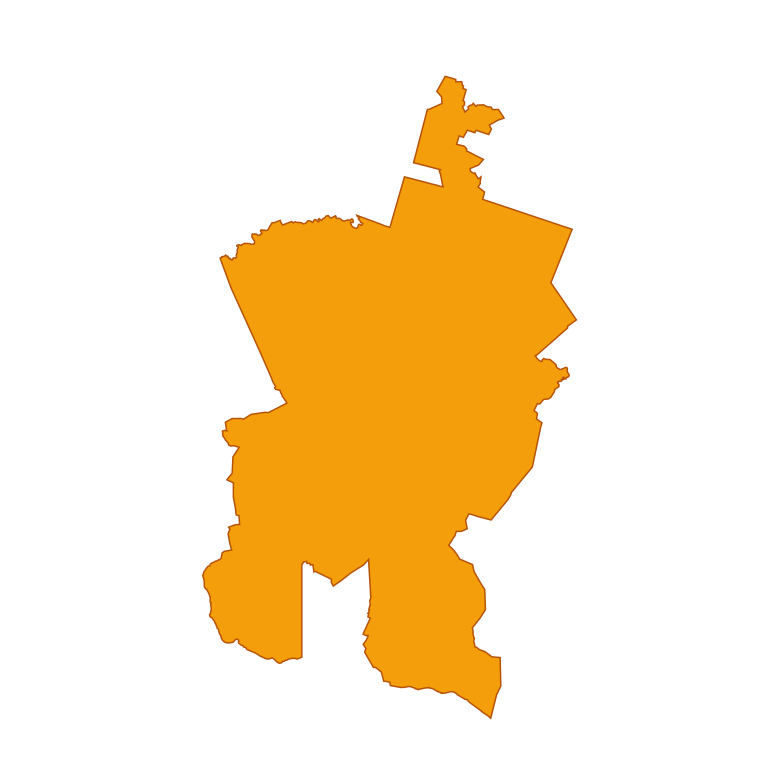 Jaunalūksnes pag., Aluksne, Latvia, rotated 279°
{"feature_id": "27541924B87199859913454", "entity_name": "Jaunalūksnes pag.", "entity_type": "district", "adm_level": 2, "iso_a3": "LVA", "parent_name": "Latvia", "parent_adm1": "Aluksne", "projection": "mercator", "projection_center": [27.197, 57.424], "detail": "fine", "context": "isolated", "style": "filled", "palette": "amber", "viewbox_px": 768, "rotation_deg": 279, "n_neighbors": 0, "source": "geoboundaries", "source_scale": "gbopen_adm2", "svg_char_len": 6113}
<svg xmlns="http://www.w3.org/2000/svg" viewBox="0 0 768 768"><g transform="rotate(279 384 384)"><path d="M697.4,396.3L681.3,390.4L676.6,395.9L670.1,397.4L662.3,385.5L662.0,383.9L607.2,378.6L604.5,406.2L603.4,405.2L598.9,407.4L587.9,411.4L591.8,371.8L539.7,365.4L540.3,360.0L541.7,354.1L546.3,330.8L545.1,331.6L545.0,333.8L543.1,332.9L542.6,333.2L541.7,334.6L539.9,335.8L539.7,336.8L538.9,338.0L537.2,336.9L537.1,336.3L537.9,335.1L537.8,334.4L536.4,333.7L534.3,333.6L533.5,332.1L533.4,331.3L534.2,328.5L534.9,327.6L538.0,325.6L538.6,326.0L538.6,328.1L539.3,328.3L541.5,327.5L541.9,326.8L541.9,326.1L540.1,324.3L540.5,322.8L538.9,319.7L538.8,317.4L540.0,315.6L540.6,314.1L540.2,311.2L540.4,310.6L542.1,310.4L542.5,309.7L539.7,305.8L539.7,304.9L541.6,302.7L540.8,300.5L538.9,299.6L538.1,298.1L535.9,296.9L537.1,294.0L536.3,293.3L535.4,294.1L534.2,294.2L533.9,293.4L535.4,291.4L535.7,290.1L534.7,289.1L532.5,288.5L532.4,287.9L533.2,286.6L533.5,284.8L533.3,283.3L530.7,281.6L529.5,279.2L530.3,277.4L530.3,274.9L529.9,272.7L530.3,270.8L528.9,269.1L530.0,267.4L525.2,259.0L527.5,256.9L529.4,255.9L526.3,250.5L525.5,248.0L517.8,245.1L517.0,242.7L517.3,241.3L516.7,240.7L517.1,238.7L516.7,238.3L515.8,238.1L514.2,239.6L513.3,239.8L512.6,238.5L511.5,238.3L511.5,237.1L511.0,236.4L512.1,234.6L512.1,232.9L511.5,231.9L511.7,230.6L511.4,230.3L508.5,230.5L504.8,233.7L503.7,234.2L502.0,233.8L501.3,231.5L501.6,228.5L501.0,224.1L499.5,222.1L499.3,221.4L498.4,221.2L498.8,218.8L497.8,216.9L497.3,217.0L496.4,218.7L495.6,218.7L493.5,217.9L491.4,218.5L487.9,217.9L486.4,218.6L485.1,217.8L485.2,216.0L484.8,215.3L482.8,214.8L482.6,214.2L483.7,212.6L483.3,212.4L484.2,211.6L483.9,210.7L485.5,210.0L485.3,209.4L485.8,209.4L486.0,208.0L486.5,207.5L485.6,207.0L485.4,206.2L484.8,205.7L484.4,204.0L483.8,204.1L482.7,202.4L454.8,218.0L393.8,258.2L373.0,271.5L369.3,273.5L364.5,277.3L363.3,276.6L362.6,276.9L361.8,277.7L361.4,282.3L359.2,283.3L357.3,285.1L355.8,285.4L355.0,286.6L350.0,291.1L337.7,274.3L337.4,270.8L333.2,257.5L327.2,250.6L327.6,248.4L326.1,239.4L321.5,233.3L313.6,235.7L313.3,236.2L313.1,235.5L313.2,233.6L312.2,231.8L306.9,233.3L305.4,235.2L303.9,236.1L301.7,238.9L299.2,240.4L298.8,242.6L299.6,245.5L298.8,250.8L288.4,246.2L272.2,248.0L264.9,243.9L264.5,244.4L263.4,249.0L262.7,250.7L248.3,253.0L239.3,256.3L231.6,258.5L231.3,261.3L222.7,263.4L221.8,259.3L218.3,252.9L216.3,254.5L211.9,253.4L203.0,256.4L196.2,259.5L193.8,252.6L192.0,250.6L186.6,250.4L185.1,249.5L184.3,248.0L183.1,246.7L182.5,244.9L181.7,244.2L180.0,241.7L179.0,240.7L177.1,240.4L176.6,238.9L175.6,238.1L170.2,235.5L166.3,235.0L161.9,237.1L155.6,238.3L153.2,240.6L152.9,241.5L148.6,244.4L145.8,245.8L142.2,246.2L141.0,246.8L140.8,247.6L139.6,247.2L134.7,248.7L130.2,248.4L128.8,247.8L127.5,248.3L126.6,249.1L126.4,250.4L123.0,253.7L121.1,254.8L120.9,255.3L119.0,256.2L118.4,257.0L116.8,257.3L116.5,258.2L115.3,259.1L112.5,260.1L108.8,262.8L107.7,262.9L105.8,264.5L104.7,265.9L104.0,267.7L103.8,269.9L104.1,271.9L105.4,275.4L108.4,277.3L108.7,278.1L108.8,279.7L108.1,280.6L105.9,280.7L105.2,281.2L103.9,283.5L103.5,285.6L102.4,286.3L102.1,288.4L100.2,290.5L98.2,298.9L96.0,304.1L94.2,310.2L94.2,312.2L94.8,314.1L96.0,316.5L94.9,318.8L93.5,320.5L92.0,323.2L91.9,324.7L92.5,326.2L94.3,327.5L94.4,328.5L95.7,330.1L96.1,331.4L97.3,332.6L98.2,335.2L98.9,336.0L98.6,337.0L99.1,338.9L98.7,341.0L101.3,345.6L192.8,331.1L194.1,332.0L195.5,332.1L196.7,335.4L194.7,336.0L195.2,339.1L193.7,339.6L194.3,342.1L187.5,344.1L188.1,345.7L182.9,362.6L179.8,363.0L176.5,365.5L182.9,372.2L192.5,381.1L202.0,392.0L208.3,396.2L170.8,404.4L167.6,403.9L163.0,405.1L162.5,404.6L158.8,404.3L158.6,405.1L154.9,404.0L154.9,404.8L151.4,404.6L150.6,407.1L133.7,402.4L132.7,405.4L132.7,406.7L133.2,407.4L132.0,407.7L128.0,406.4L123.6,404.2L120.0,407.4L116.0,406.9L102.6,417.8L102.6,420.4L99.0,426.5L90.4,430.2L90.6,433.6L90.3,436.4L87.1,437.5L86.9,447.9L87.6,451.8L88.7,454.5L89.3,457.1L88.3,462.6L87.9,462.6L87.6,465.5L87.8,465.4L88.5,468.0L89.8,471.0L91.2,475.9L90.8,476.1L90.8,479.4L90.5,480.5L88.5,485.3L88.9,485.5L88.3,487.0L88.0,489.0L87.5,489.0L87.9,491.5L90.7,498.5L90.6,501.5L89.1,504.8L88.6,505.0L85.2,513.5L85.4,514.9L82.4,519.2L76.0,531.9L75.7,531.7L72.6,538.4L70.6,541.7L94.5,543.8L104.0,546.6L132.0,541.5L131.4,533.3L135.4,525.7L136.6,519.7L138.6,516.3L138.5,515.1L144.5,512.7L146.9,513.2L148.1,512.2L151.9,510.8L152.6,511.0L157.1,509.4L167.4,515.3L176.9,519.5L196.8,515.7L202.4,510.6L213.0,502.2L219.5,499.7L222.9,486.1L226.8,483.0L230.8,478.8L234.8,473.2L243.8,477.0L244.4,477.6L249.7,478.5L250.6,483.5L254.0,488.8L262.2,485.9L268.9,488.1L268.8,491.5L267.8,497.5L266.4,511.0L288.8,524.3L293.6,526.3L297.0,526.9L325.2,543.5L365.6,545.5L370.4,546.1L373.3,540.1L378.9,540.1L379.7,539.3L380.9,536.7L381.4,536.4L388.7,538.6L388.5,540.1L388.9,541.2L393.5,543.9L394.0,544.8L395.0,548.8L396.7,550.7L402.8,553.4L405.3,553.6L408.9,557.2L410.9,556.9L411.4,555.8L412.1,556.0L412.5,555.3L413.0,555.3L414.1,556.2L413.9,557.1L414.6,558.7L415.7,559.3L416.1,558.5L416.4,558.6L416.2,559.8L416.4,560.3L417.8,559.7L418.9,560.0L418.5,560.8L417.1,560.8L417.4,562.9L418.8,562.8L419.2,564.1L420.3,565.3L421.6,565.6L424.8,563.2L428.0,562.6L429.0,561.8L428.7,560.7L426.0,556.5L425.9,555.6L427.1,552.4L428.4,551.3L430.1,550.8L434.2,544.1L433.7,540.5L434.2,537.7L432.3,536.4L431.1,536.5L430.7,535.6L431.9,532.9L433.1,531.2L435.6,529.0L435.8,529.8L468.1,556.6L469.7,556.2L477.4,564.0L510.1,533.0L566.2,545.6L581.8,452.6L589.3,453.3L593.3,446.1L597.1,447.8L598.5,447.4L603.7,447.4L601.3,445.0L606.7,440.7L605.9,440.3L607.4,436.3L610.2,435.2L615.1,443.2L621.3,447.0L627.2,429.0L629.2,428.9L631.5,425.9L632.1,418.2L640.8,419.4L640.0,423.8L647.7,426.6L646.4,434.4L649.0,435.2L646.8,448.4L652.5,450.2L656.2,447.5L662.4,455.3L665.4,461.0L673.1,454.1L672.0,448.1L674.1,446.7L674.1,442.0L675.3,438.7L674.0,432.4L672.7,431.3L675.2,428.2L673.6,427.5L672.5,425.2L670.8,423.6L668.9,424.6L665.3,421.4L670.1,418.2L672.4,419.8L675.4,419.4L676.2,417.8L687.5,419.1L688.3,415.8L690.7,415.9L691.1,414.9L694.7,413.5L693.7,407.7L696.1,407.2L697.4,396.3Z" fill="#f59e0b" stroke="#b45309" stroke-width="1.5"/></g></svg>